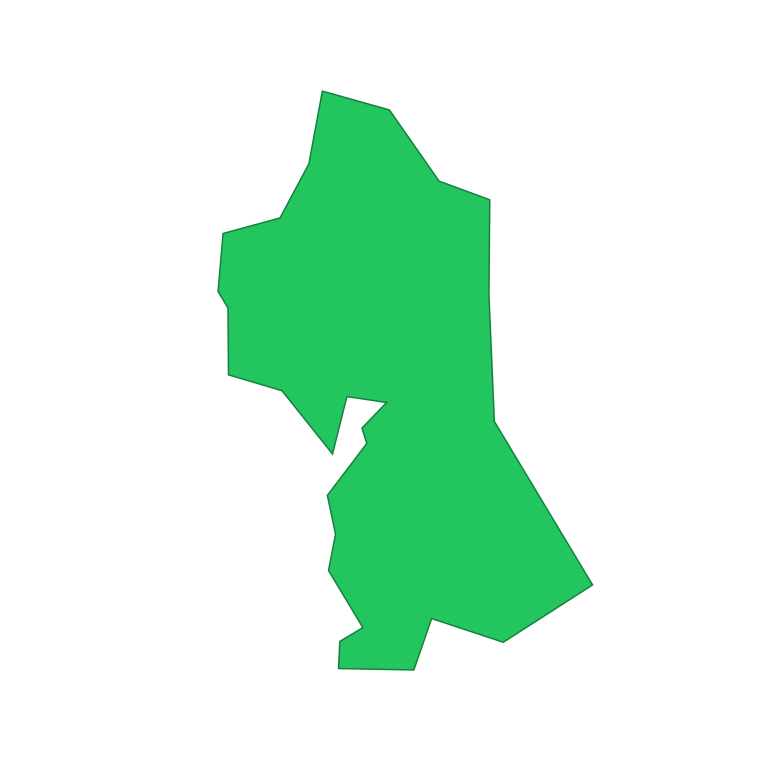 the state/province of Tuen Mun, rotated 59°
{"feature_id": "HKG-5166", "entity_name": "Tuen Mun", "entity_type": "state/province", "adm_level": 1, "iso_a3": "HKG", "parent_name": "Hong Kong S.A.R.", "parent_adm1": "", "projection": "natural_earth1", "projection_center": [113.971, 22.389], "detail": "fine", "context": "isolated", "style": "filled", "palette": "green", "viewbox_px": 768, "rotation_deg": 59, "n_neighbors": 0, "source": "natural_earth", "source_scale": "10m", "svg_char_len": 518}
<svg xmlns="http://www.w3.org/2000/svg" viewBox="0 0 768 768"><g transform="rotate(59 384 384)"><path d="M604.5,569.5L581.9,554.5L581.9,527.6L515.3,527.6L487.8,502.9L450.3,489.9L426.1,429.4L410.5,425.7L401.2,391.3L375.7,422.3L417.5,464.2L337.2,474.9L296.1,512.6L238.5,478.6L219.2,478.6L172.1,444.4L188.1,387.6L156.6,335.0L101.2,286.0L151.9,238.2L238.5,232.3L280.6,198.5L361.6,248.1L472.9,308.7L663.6,308.7L666.8,414.8L609.6,464.0L644.5,505.7L604.5,569.5Z" fill="#22c55e" stroke="#15803d" stroke-width="1.5"/></g></svg>